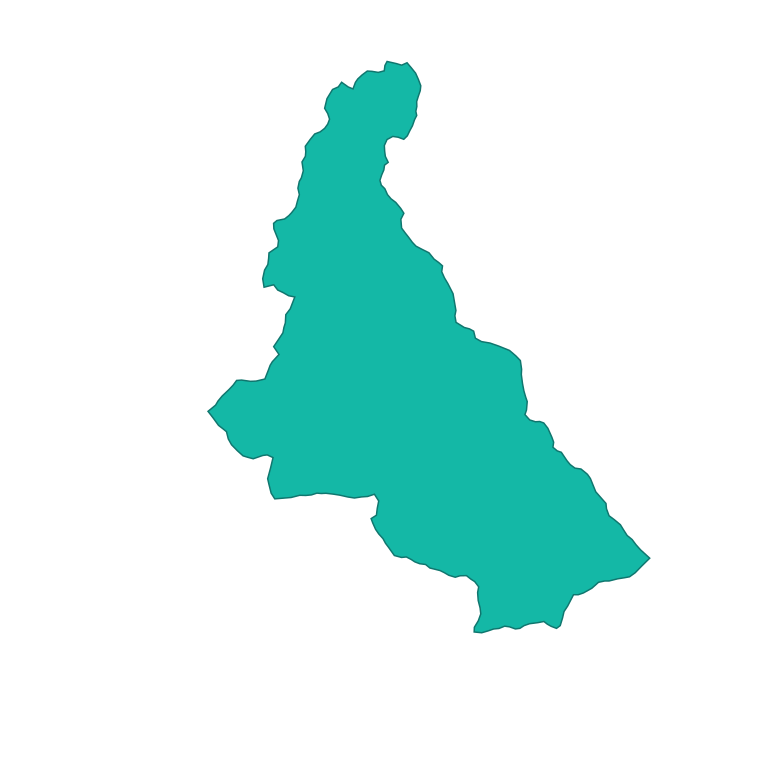 outline of Fernandópolis, São Paulo, Brazil, rotated 156°
{"feature_id": "56859067B33665178347433", "entity_name": "Fernandópolis", "entity_type": "district", "adm_level": 2, "iso_a3": "BRA", "parent_name": "Brazil", "parent_adm1": "São Paulo", "projection": "albers", "projection_center": [-50.287, -20.283], "detail": "fine", "context": "isolated", "style": "filled", "palette": "teal", "viewbox_px": 768, "rotation_deg": 156, "n_neighbors": 0, "source": "geoboundaries", "source_scale": "gbopen_adm2", "svg_char_len": 3454}
<svg xmlns="http://www.w3.org/2000/svg" viewBox="0 0 768 768"><g transform="rotate(156 384 384)"><path d="M282.5,468.1L284.4,472.3L287.5,477.8L289.5,485.5L294.6,491.7L298.7,496.9L300.5,502.0L301.8,507.9L303.3,513.8L304.5,519.3L301.6,527.6L296.4,531.9L297.3,537.6L299.4,545.1L302.3,550.4L303.8,555.6L303.8,562.0L305.6,566.7L304.9,571.7L301.0,576.0L297.1,579.6L294.5,583.7L290.0,584.8L290.2,591.4L288.7,596.4L286.7,601.7L281.8,606.1L275.3,606.6L270.7,603.7L266.4,599.5L261.8,601.2L257.3,605.0L253.0,608.3L248.6,613.0L244.9,616.0L244.0,620.2L241.1,624.2L239.3,628.7L235.7,632.8L231.6,637.2L229.1,641.5L228.7,648.2L228.7,655.1L230.2,660.8L232.3,668.1L238.2,668.1L242.4,671.7L250.0,677.4L253.6,674.6L256.4,670.0L262.5,671.0L267.8,674.5L272.0,676.7L278.5,675.2L283.8,673.4L287.4,671.2L292.3,666.2L295.8,669.8L300.0,676.9L304.9,674.0L311.2,674.0L320.0,667.9L326.1,660.0L325.4,654.0L326.0,648.1L329.7,644.3L334.2,641.7L339.8,640.3L345.6,640.6L351.8,637.5L359.2,633.2L361.0,628.0L363.2,624.0L368.6,620.2L371.0,611.6L375.7,605.9L379.0,603.5L383.0,597.9L384.3,591.4L388.6,586.4L392.6,581.4L398.7,578.1L402.5,576.5L407.7,575.2L415.3,576.9L419.5,575.7L421.5,570.5L422.0,558.0L425.3,552.5L435.7,550.6L438.3,545.7L441.5,540.4L446.8,536.6L452.0,529.5L454.2,521.2L444.4,519.5L442.9,513.1L438.9,508.4L435.2,503.4L430.1,499.8L439.1,490.8L445.5,487.3L449.3,479.9L452.4,476.4L455.5,471.9L461.6,468.0L469.6,463.0L467.9,453.7L476.9,449.8L480.4,447.4L484.1,443.6L490.8,437.0L499.7,438.7L504.8,440.7L512.5,445.5L517.2,447.2L522.3,444.3L528.1,441.9L536.6,438.9L542.5,436.0L546.4,433.2L555.9,430.6L553.9,422.5L552.0,413.5L549.3,408.5L547.3,404.5L548.6,397.1L548.0,390.5L545.1,382.7L542.0,375.7L538.2,372.4L533.9,368.9L523.7,368.0L519.5,366.7L515.3,361.9L521.8,353.4L528.8,344.8L529.8,339.8L531.5,330.2L530.5,323.5L515.0,318.1L506.2,316.6L500.8,314.0L495.4,312.2L489.7,311.6L485.9,309.5L481.5,307.8L475.1,304.0L469.7,300.5L463.0,295.5L457.4,291.9L450.5,290.0L444.7,287.9L437.6,287.2L436.4,279.3L440.7,273.2L444.3,267.2L450.5,266.3L450.8,261.7L450.8,254.7L449.8,249.2L447.8,243.1L447.4,237.8L446.3,233.1L444.3,223.1L438.5,218.4L433.9,216.9L430.5,212.6L428.2,209.0L424.5,205.3L419.4,202.2L416.9,197.2L412.9,194.1L408.7,190.8L405.7,187.2L402.6,182.9L397.5,178.5L392.6,177.9L386.6,175.4L384.0,170.4L381.5,166.6L380.0,160.2L383.3,155.4L386.0,147.9L387.3,140.3L389.1,134.6L394.2,129.3L400.4,125.0L402.5,120.8L395.9,117.0L389.3,116.1L383.5,115.6L378.4,113.9L372.3,113.7L368.1,111.1L363.6,106.8L359.2,105.5L354.3,106.3L348.5,105.8L340.5,103.4L334.5,102.0L332.5,98.2L329.9,94.7L325.8,90.6L321.3,91.6L316.1,97.6L312.1,102.9L306.6,106.4L296.6,114.4L292.3,112.5L286.8,112.0L277.1,112.9L268.7,115.6L262.6,114.3L258.5,112.5L249.8,111.0L243.1,109.2L238.1,108.0L231.3,109.4L222.8,112.8L212.1,116.8L217.1,128.2L219.2,134.8L220.6,141.0L223.5,146.7L224.4,152.6L225.3,159.3L228.8,166.4L232.0,172.1L231.5,179.5L229.8,184.6L234.4,199.4L233.9,213.7L234.9,218.8L238.6,226.2L243.8,229.5L246.7,234.7L248.0,239.3L249.8,249.5L253.0,252.5L255.4,257.5L252.7,261.8L252.3,267.0L252.3,276.9L253.9,283.4L257.0,286.4L261.0,287.9L265.5,291.9L267.7,298.7L264.4,302.3L260.3,309.7L259.9,314.3L259.0,320.8L257.3,328.0L254.7,336.8L252.3,341.5L249.9,349.9L252.1,356.0L255.7,363.6L263.7,371.9L270.5,378.3L277.7,383.1L281.9,388.7L280.6,395.8L283.5,399.6L287.7,403.0L293.1,411.0L291.5,417.5L288.4,421.9L284.2,438.4L284.8,449.5L285.6,456.4L285.6,463.1L282.5,468.1Z" fill="#14b8a6" stroke="#0f766e" stroke-width="1.5"/></g></svg>